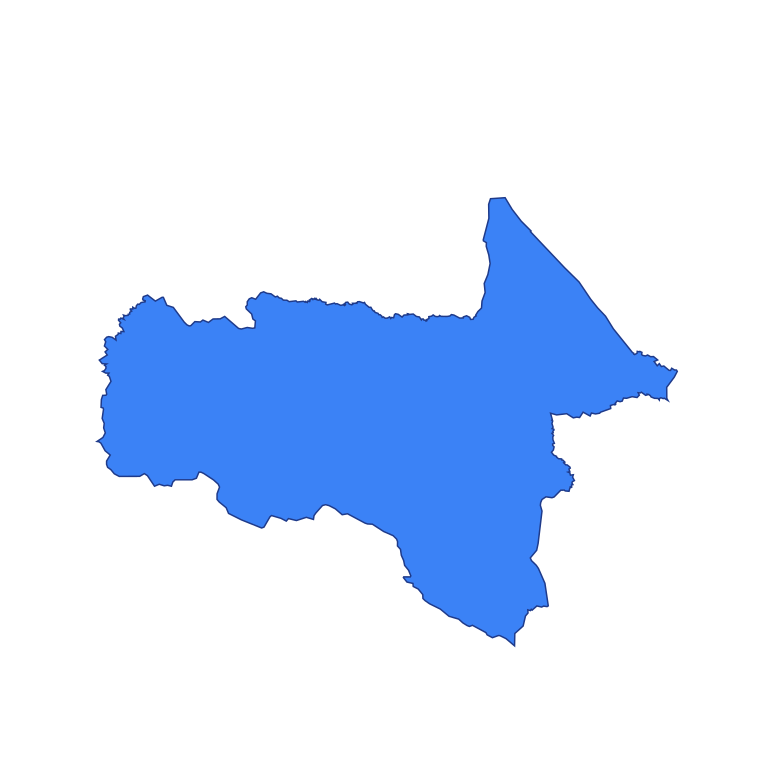 Thung Saliam, Sukhothai, Thailand, rotated 303°
{"feature_id": "78962969B26447913933028", "entity_name": "Thung Saliam", "entity_type": "district", "adm_level": 2, "iso_a3": "THA", "parent_name": "Thailand", "parent_adm1": "Sukhothai", "projection": "equal_earth", "projection_center": [99.595, 17.377], "detail": "fine", "context": "isolated", "style": "filled", "palette": "blue", "viewbox_px": 768, "rotation_deg": 303, "n_neighbors": 0, "source": "geoboundaries", "source_scale": "gbopen_adm2", "svg_char_len": 6171}
<svg xmlns="http://www.w3.org/2000/svg" viewBox="0 0 768 768"><g transform="rotate(303 384 384)"><path d="M235.5,636.1L246.0,629.6L256.8,632.5L266.5,629.0L270.4,629.5L272.9,627.6L273.7,630.2L275.2,630.2L275.0,631.4L281.1,633.1L282.8,637.7L284.7,638.9L286.1,642.0L287.4,642.6L304.5,627.5L313.4,614.0L314.9,610.4L316.2,603.9L317.8,601.4L327.7,602.6L334.2,600.1L363.5,585.7L367.4,581.2L369.9,580.0L373.2,579.4L377.6,581.3L380.1,586.8L381.9,588.2L391.2,590.1L393.2,593.0L393.0,594.2L394.8,597.6L398.1,596.5L398.9,597.1L399.3,596.5L399.8,597.5L401.5,596.2L402.5,597.2L403.3,595.5L404.7,595.2L406.7,596.3L408.6,592.9L411.0,592.2L409.1,590.0L410.7,588.2L410.4,586.4L411.7,587.6L413.4,585.4L414.9,586.0L415.6,585.1L415.9,581.6L415.2,580.5L415.8,577.6L417.0,578.2L417.6,575.4L417.1,574.6L417.9,573.8L416.4,571.0L416.6,568.7L417.3,568.1L416.8,565.0L418.0,561.6L420.9,562.0L423.9,560.9L424.4,558.9L425.5,558.1L427.0,559.2L429.3,556.0L431.7,554.3L433.2,554.3L434.1,551.7L435.3,552.5L436.2,551.4L438.1,551.6L438.6,550.9L438.1,549.3L439.9,549.3L442.3,546.4L444.9,545.6L445.0,544.4L445.8,544.5L450.2,539.6L452.1,545.6L458.6,553.4L458.7,561.2L461.2,563.7L462.4,566.3L468.8,566.3L469.4,574.3L472.6,573.8L474.1,577.7L476.9,580.7L478.5,581.1L486.9,587.5L489.3,585.6L491.7,587.6L492.3,589.1L493.4,589.3L493.6,588.4L496.8,588.8L497.7,591.6L499.4,593.1L502.6,592.5L504.2,595.3L508.5,599.0L510.5,603.6L513.7,604.2L515.1,601.9L516.1,603.8L517.3,604.3L517.0,609.6L518.4,610.8L518.8,610.3L519.3,611.5L519.3,613.6L518.6,615.0L519.3,618.6L521.1,621.6L520.5,623.6L521.8,622.9L523.3,623.7L523.8,626.1L524.7,626.7L524.8,631.2L526.0,629.0L535.2,622.9L547.9,623.7L554.3,623.1L555.0,621.7L554.0,620.0L553.9,616.7L551.4,616.9L550.7,615.6L551.5,608.9L549.7,607.1L551.0,603.8L548.1,603.2L550.0,598.3L553.2,600.4L553.8,595.1L552.1,592.7L551.9,589.3L549.9,588.0L548.8,585.2L549.1,584.0L551.0,583.1L550.7,580.8L550.0,580.5L549.3,578.6L547.6,579.5L545.2,578.2L545.1,577.2L545.8,576.7L545.7,575.3L555.2,546.3L561.5,532.9L564.2,521.7L567.7,511.1L575.8,492.0L579.9,472.0L591.5,423.9L592.4,424.0L595.3,410.4L600.2,396.4L606.2,384.1L597.4,372.4L591.7,373.9L580.1,381.7L559.0,388.7L558.2,389.4L558.3,392.9L555.1,394.8L549.3,401.6L542.8,407.4L532.4,411.5L522.9,413.3L515.8,419.0L507.0,421.0L500.8,424.4L495.9,423.3L491.6,423.4L491.3,424.2L488.9,423.1L486.8,423.5L485.3,421.4L486.6,419.6L486.2,416.1L483.5,414.0L482.6,414.5L480.5,411.6L479.9,405.1L478.9,402.7L476.9,402.2L475.0,400.1L471.8,395.0L471.7,393.3L470.7,393.3L469.4,391.9L468.6,390.1L468.7,387.6L466.7,386.9L464.9,384.9L463.4,386.0L461.4,384.8L460.5,385.5L459.7,385.0L460.4,384.4L459.3,382.8L459.9,381.5L459.1,380.4L458.1,380.4L459.5,377.2L458.3,374.3L458.6,370.4L455.4,366.5L456.1,366.3L455.7,365.3L454.8,366.1L452.7,363.2L450.0,362.7L450.2,358.0L449.2,355.4L447.9,355.0L444.8,356.0L443.9,354.1L442.6,354.0L443.4,352.2L441.1,350.9L439.8,349.1L440.0,347.0L438.9,346.2L439.7,345.2L440.0,343.0L439.3,342.0L440.0,340.5L439.2,337.6L440.0,336.0L439.5,335.5L440.0,333.5L441.2,331.2L440.2,329.8L440.8,325.0L441.8,323.2L440.8,322.6L439.7,318.5L438.6,317.1L437.0,317.3L437.0,316.5L436.4,316.5L434.5,313.6L433.9,314.4L432.9,313.9L432.1,311.4L432.9,309.0L431.7,307.5L430.3,307.3L429.9,308.0L429.3,307.2L429.0,308.4L428.3,308.2L428.3,306.7L426.4,304.9L425.8,300.9L424.7,299.7L424.9,298.4L419.4,293.3L419.2,291.6L420.8,290.9L419.3,287.3L420.0,283.9L418.8,283.8L418.2,282.3L418.7,280.6L418.0,280.8L418.0,279.4L417.4,279.7L416.8,278.2L416.1,278.3L416.4,276.8L413.7,275.7L413.5,276.6L412.6,276.7L412.0,274.9L410.6,275.3L410.3,273.7L411.1,273.2L409.6,273.3L409.5,271.4L405.5,266.6L405.8,264.9L401.4,259.6L401.4,257.0L399.5,253.9L400.0,251.3L399.1,249.2L399.6,246.8L397.8,245.4L398.1,240.1L396.3,236.4L395.8,232.9L393.2,230.9L385.2,230.2L384.3,226.1L382.0,224.6L378.5,224.5L375.8,226.3L373.5,226.0L372.0,227.6L370.6,234.9L367.1,238.6L366.9,241.8L360.7,245.1L359.1,243.4L356.9,238.5L352.4,234.4L351.4,231.8L353.9,213.6L349.4,211.1L345.4,205.2L340.0,203.2L339.0,197.3L336.0,196.2L333.3,191.4L327.7,190.2L326.6,189.0L326.3,186.5L327.1,182.7L333.5,165.6L331.7,159.0L336.5,151.8L335.9,150.7L329.0,147.1L329.8,137.3L326.2,134.6L323.8,135.3L323.2,136.3L323.8,138.4L322.8,138.9L320.0,135.9L317.5,135.4L316.9,134.0L314.8,133.7L312.5,134.6L311.7,133.8L311.6,131.5L310.1,132.5L308.8,130.4L308.1,130.8L307.7,132.7L305.6,131.7L304.1,132.6L303.2,131.5L302.2,132.0L300.4,129.8L299.9,128.0L299.1,129.2L297.2,129.2L296.6,130.7L296.0,127.4L294.9,127.5L293.9,126.1L292.9,126.6L291.9,129.9L290.0,129.6L288.7,130.9L288.4,134.1L286.3,137.3L284.8,134.8L283.0,135.8L282.0,133.4L280.8,134.0L277.8,132.8L274.9,135.3L275.1,130.6L273.8,127.3L272.2,125.9L269.0,125.4L267.9,127.6L263.6,128.8L262.6,133.5L259.0,132.6L257.6,136.1L249.0,132.2L247.6,136.6L249.7,140.4L247.5,139.4L247.2,141.3L245.6,142.3L242.9,142.2L241.3,141.1L241.6,144.7L243.3,147.4L240.9,147.4L240.8,149.5L237.5,153.6L227.8,153.8L224.4,157.0L223.1,156.9L221.3,154.3L217.1,155.4L210.3,159.4L210.9,161.5L210.1,162.5L201.6,166.4L198.6,170.8L194.5,172.8L191.2,176.9L186.1,177.4L179.5,174.6L180.3,176.5L180.2,178.8L176.1,186.5L175.3,193.1L168.3,193.3L165.5,195.1L163.6,197.6L163.4,201.6L161.8,206.7L162.3,212.3L173.5,229.4L178.3,231.8L178.3,235.5L173.3,247.2L177.5,250.1L178.9,255.1L181.2,257.7L182.5,261.4L186.7,260.3L189.9,261.0L199.1,275.2L202.8,278.0L209.3,276.8L210.4,278.6L210.8,281.8L210.7,293.3L209.7,299.5L208.0,302.2L201.0,303.8L196.3,306.8L195.3,310.0L194.3,319.0L190.8,324.1L192.4,338.4L196.6,359.8L198.6,361.3L210.5,360.7L212.4,361.3L215.2,370.7L215.8,376.7L219.1,377.2L221.8,384.9L229.9,391.5L232.0,398.6L235.5,397.0L238.7,397.1L248.6,398.6L251.0,400.8L252.1,404.2L252.8,411.2L251.6,420.1L255.3,424.1L257.0,443.9L257.7,446.5L260.1,450.6L260.1,464.1L261.8,474.3L260.8,479.0L259.2,481.2L255.5,483.5L254.3,487.9L249.8,491.8L246.6,496.7L243.1,500.1L241.2,506.0L237.7,511.0L236.5,511.1L233.0,505.6L232.2,505.7L230.4,511.1L232.5,516.9L230.1,518.8L230.7,524.3L228.5,531.2L225.3,533.5L224.7,536.4L224.5,541.9L225.9,553.8L224.6,565.1L227.5,574.7L226.6,580.2L226.7,585.3L227.2,587.7L229.8,589.6L231.0,604.9L229.8,607.1L230.3,613.1L235.3,616.9L236.1,618.3L236.9,625.0L235.5,636.1Z" fill="#3b82f6" stroke="#1e3a8a" stroke-width="1.5"/></g></svg>